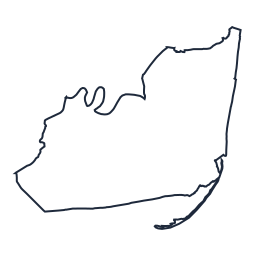 Sfantu Gheorghe, Tulcea, Romania
{"feature_id": "2599482B99417492783544", "entity_name": "Sfantu Gheorghe", "entity_type": "district", "adm_level": 2, "iso_a3": "ROU", "parent_name": "Romania", "parent_adm1": "Tulcea", "projection": "equal_earth", "projection_center": [29.46, 44.925], "detail": "fine", "context": "isolated", "style": "outline", "palette": "slate", "viewbox_px": 256, "rotation_deg": 0, "n_neighbors": 0, "source": "geoboundaries", "source_scale": "gbopen_adm2", "svg_char_len": 5730}
<svg xmlns="http://www.w3.org/2000/svg" viewBox="0 0 256 256"><path d="M65.4,97.9L65.9,98.4L65.6,98.6L65.3,100.2L64.8,102.1L64.2,105.0L63.7,107.7L63.2,109.5L62.8,110.2L62.2,111.0L61.2,112.0L60.5,112.6L59.5,113.2L48.2,118.5L46.9,119.2L45.4,120.0L44.9,120.6L44.8,121.2L44.8,121.9L44.7,122.3L44.6,123.1L44.6,123.6L44.8,124.0L45.8,125.3L46.0,125.8L46.0,126.1L45.4,126.6L45.2,127.0L45.2,127.9L45.1,128.3L44.5,129.7L43.5,132.4L43.1,133.0L42.9,133.2L42.8,133.4L42.6,135.6L42.5,136.7L42.2,137.7L41.9,138.3L41.7,138.6L40.5,139.6L40.1,140.2L39.9,140.7L39.9,141.5L40.2,142.1L40.5,142.3L41.7,142.2L42.3,142.3L43.8,142.9L44.3,143.4L44.3,144.2L44.5,146.1L44.5,146.5L44.0,146.8L42.5,147.9L40.4,149.7L40.3,150.1L40.4,150.8L40.5,151.8L40.3,152.3L40.1,152.9L39.5,153.8L38.7,154.9L38.6,155.3L38.4,156.2L38.2,156.8L38.0,157.1L36.8,157.7L36.3,158.1L35.8,158.6L35.0,160.0L34.3,160.9L33.2,162.2L31.7,163.5L30.5,164.4L29.6,164.9L28.5,165.3L27.6,165.6L27.2,165.7L18.3,171.2L16.0,172.6L15.4,173.1L15.7,173.1L16.0,173.2L16.2,173.4L16.4,173.7L16.6,174.7L16.8,177.5L16.8,178.7L16.8,181.1L16.9,181.4L17.1,181.9L17.4,182.4L18.0,183.2L20.5,187.2L21.2,188.2L22.3,189.4L26.8,193.7L42.0,208.9L43.6,210.5L44.9,211.6L59.0,210.5L64.2,210.0L65.2,209.7L66.1,209.7L72.8,208.6L83.6,208.5L92.7,208.7L95.0,208.2L96.7,208.1L100.3,207.8L102.7,207.8L105.6,207.5L107.0,207.1L108.2,207.1L110.9,206.8L113.1,206.3L128.8,203.7L131.4,202.8L138.6,201.6L143.9,200.6L152.1,199.4L159.6,197.9L162.5,196.9L165.2,196.2L167.3,196.1L170.5,195.8L172.7,195.5L174.5,195.1L181.1,194.9L183.9,195.2L184.7,195.5L187.1,195.1L187.9,195.3L189.5,196.1L191.1,195.2L191.3,194.9L191.9,194.5L192.8,194.2L194.0,193.1L194.4,193.2L194.6,193.0L194.5,192.9L195.0,192.1L196.5,190.9L196.6,190.7L197.1,190.2L197.5,189.3L197.8,188.7L198.5,187.8L199.1,186.5L200.0,185.3L200.3,185.3L200.4,185.9L201.0,186.1L201.3,185.9L202.0,186.0L202.8,185.7L203.1,185.8L203.6,186.2L204.5,186.2L204.7,186.5L205.1,186.4L206.0,186.6L207.6,185.3L209.0,184.7L210.5,183.2L210.7,182.8L212.7,181.5L213.2,181.6L213.1,181.2L214.3,181.1L215.0,180.7L216.3,180.3L216.1,180.0L216.6,179.3L217.0,179.2L218.0,178.3L217.4,180.9L213.0,187.0L211.7,189.0L210.4,190.0L209.2,193.3L207.3,195.3L205.4,197.1L203.3,201.2L200.8,203.3L199.2,204.8L196.2,208.4L195.0,209.7L193.0,211.3L190.3,214.1L188.6,216.0L186.9,216.7L185.4,218.4L182.7,219.0L181.4,218.8L177.8,219.6L175.3,219.5L174.1,219.6L174.1,220.3L174.9,220.6L174.9,221.9L175.0,222.8L173.8,223.4L172.1,223.4L170.9,223.7L171.7,224.6L170.8,225.2L168.8,225.9L165.9,226.0L164.2,226.0L162.5,225.9L163.2,227.0L161.2,226.7L157.2,225.7L155.4,225.7L154.8,226.3L155.7,227.4L158.1,228.4L162.0,228.9L170.4,227.6L179.3,223.7L189.0,217.7L196.6,210.0L204.8,200.6L206.3,198.0L210.0,193.9L212.2,190.0L215.8,184.3L217.6,181.8L218.3,180.3L218.8,178.2L219.4,177.1L221.0,172.4L222.3,168.7L222.5,166.5L222.3,164.4L222.1,163.0L222.4,161.7L222.2,160.6L221.7,160.0L221.8,161.2L221.3,163.1L222.0,166.7L221.5,169.3L220.6,172.2L220.2,173.6L220.1,173.3L218.7,171.6L218.0,168.2L217.1,166.7L217.3,166.6L216.3,162.8L215.9,162.0L215.5,161.6L215.2,161.2L214.9,160.4L215.2,160.1L216.3,160.1L216.6,159.8L223.4,154.8L224.4,155.7L225.7,155.9L226.0,155.6L226.2,154.6L226.3,149.5L226.7,141.7L226.5,138.4L226.6,136.7L226.5,133.9L226.9,130.3L227.0,128.7L227.9,122.9L229.5,114.1L230.8,106.9L231.1,106.2L231.2,105.4L232.1,101.7L232.9,96.2L235.0,86.3L235.7,80.8L236.0,79.6L234.5,78.6L235.2,77.7L235.8,72.2L236.5,68.1L237.0,63.2L237.5,56.5L238.0,51.7L238.7,47.5L239.0,43.4L239.7,39.9L240.0,38.9L239.9,38.4L239.8,37.4L240.1,36.6L239.7,35.7L240.6,30.0L237.3,28.9L235.0,28.2L233.5,27.7L232.2,27.1L231.9,27.3L231.3,27.9L229.5,29.2L229.3,29.7L229.3,30.1L229.6,30.7L229.7,31.3L229.4,32.1L229.4,32.4L229.2,32.8L229.3,33.1L229.2,33.6L229.2,34.2L229.0,34.7L228.5,35.1L228.5,35.9L228.1,36.3L227.4,36.8L227.3,37.2L226.9,37.6L226.4,38.1L225.9,38.5L225.4,38.6L224.9,38.6L224.0,38.4L223.3,37.8L222.6,38.1L222.8,38.4L222.9,39.2L223.0,40.2L222.8,40.7L222.5,41.2L220.9,42.3L219.5,43.2L216.4,43.8L215.0,44.7L213.1,45.8L212.0,46.9L210.1,48.3L208.1,48.7L207.5,48.8L206.0,48.9L204.5,48.9L203.6,48.8L202.3,49.1L201.9,49.1L199.1,49.1L193.9,49.1L192.5,49.3L190.8,49.7L188.0,50.1L184.9,50.1L184.6,50.2L184.7,50.9L184.5,51.4L184.5,51.7L184.4,52.1L182.8,52.0L180.5,51.0L180.1,51.8L179.8,51.9L179.3,52.0L176.5,52.0L176.4,52.0L176.2,51.9L176.2,51.7L176.3,51.3L176.4,51.1L175.0,50.7L174.4,50.2L174.2,49.7L174.2,48.8L174.3,48.4L174.4,48.0L174.0,48.1L169.4,47.4L169.1,47.3L167.1,47.1L166.8,47.1L166.9,47.3L166.9,47.6L167.0,47.8L166.6,48.2L165.3,49.1L162.8,51.1L157.3,56.6L155.6,58.5L154.9,59.4L150.6,64.8L149.2,66.7L145.8,71.5L145.5,72.1L144.0,74.1L143.0,74.7L142.9,75.0L142.4,77.3L142.1,78.4L142.3,78.9L142.5,79.6L143.2,82.4L144.2,86.3L144.0,90.2L144.0,93.0L144.1,93.3L144.2,94.2L144.9,95.3L145.0,96.5L144.9,98.0L144.6,99.0L143.0,97.6L140.5,96.1L139.9,95.9L136.8,95.3L134.2,94.8L129.5,94.4L127.2,94.3L125.8,94.3L122.4,95.5L120.5,97.2L117.3,102.4L115.0,106.6L113.9,108.5L113.2,109.5L112.2,110.6L111.4,111.5L110.7,112.2L109.8,113.0L109.0,113.5L108.0,113.9L107.2,114.2L105.2,114.4L104.1,114.4L102.6,114.2L101.4,114.1L100.6,113.9L99.5,113.5L99.2,113.3L98.8,113.3L98.1,113.0L96.3,112.1L95.1,111.3L94.7,110.0L95.8,109.1L97.4,108.1L97.9,107.6L99.1,106.8L99.9,106.3L100.8,105.1L102.1,103.3L103.1,101.5L103.8,98.3L104.1,96.5L104.2,93.8L104.2,91.9L104.0,90.2L103.8,88.9L102.7,87.9L101.6,87.3L100.8,87.2L99.3,87.3L97.7,88.6L95.8,91.4L94.1,97.1L93.6,99.1L92.0,102.8L90.7,104.4L89.3,105.5L87.6,106.0L86.9,105.7L85.2,101.2L84.9,99.3L84.9,97.4L85.4,95.8L87.1,92.4L86.5,91.0L85.9,89.7L84.8,88.5L83.9,88.1L82.6,88.0L81.6,88.5L80.7,89.0L78.6,91.7L76.4,94.7L73.8,96.9L72.7,97.6L71.5,98.0L69.9,98.1L68.3,97.8L67.2,97.6L66.6,97.3L66.4,96.8L65.4,97.9Z" fill="none" stroke="#1e293b" stroke-width="2"/></svg>